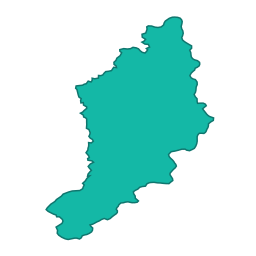 the district of Jordânia, Minas Gerais, Brazil, rotated 267°
{"feature_id": "56859067B86488338348138", "entity_name": "Jordânia", "entity_type": "district", "adm_level": 2, "iso_a3": "BRA", "parent_name": "Brazil", "parent_adm1": "Minas Gerais", "projection": "equal_earth", "projection_center": [-40.318, -15.874], "detail": "fine", "context": "isolated", "style": "filled", "palette": "teal", "viewbox_px": 256, "rotation_deg": 267, "n_neighbors": 0, "source": "geoboundaries", "source_scale": "gbopen_adm2", "svg_char_len": 3646}
<svg xmlns="http://www.w3.org/2000/svg" viewBox="0 0 256 256"><g transform="rotate(267 128 128)"><path d="M170.4,77.8L169.2,79.0L163.9,80.0L161.5,80.6L159.8,82.8L157.9,82.1L155.5,82.3L155.7,84.7L153.2,84.8L151.3,87.8L149.8,87.8L147.7,85.0L146.3,83.6L145.3,81.3L143.2,84.1L141.3,84.3L140.4,86.2L139.1,87.2L135.8,87.0L133.7,87.0L129.9,86.5L128.5,88.9L125.1,90.0L123.1,89.3L121.7,88.5L119.7,89.9L118.5,91.8L116.6,92.7L115.0,90.6L115.5,87.9L113.4,87.9L111.7,87.7L109.9,87.0L108.2,86.8L105.5,84.8L103.7,86.2L102.2,87.3L100.5,87.8L99.6,86.1L97.9,86.3L97.1,90.2L95.6,91.8L94.0,88.4L91.7,86.2L90.1,87.2L87.6,89.2L86.3,87.7L84.1,85.7L82.0,85.1L82.2,87.2L79.7,84.2L77.4,82.6L75.1,79.8L73.4,81.3L71.7,80.3L69.7,79.5L68.1,76.6L68.0,69.0L67.2,65.4L65.4,59.8L63.4,57.9L60.3,52.8L58.5,51.2L57.2,49.1L56.1,47.1L54.1,44.9L52.5,43.2L50.8,42.0L48.9,43.9L45.9,49.1L44.9,51.7L43.1,52.1L42.9,54.9L40.1,57.7L38.4,58.2L36.2,57.1L32.8,51.0L29.6,52.3L26.6,51.8L24.6,53.2L22.4,56.1L20.6,59.5L19.8,62.4L20.8,68.9L20.7,71.0L19.7,73.8L20.8,75.6L22.8,76.7L23.5,79.1L23.8,81.3L24.8,83.9L26.2,86.2L27.8,87.2L30.0,87.5L31.7,85.8L33.2,85.0L33.8,87.7L34.8,89.9L35.8,91.9L36.7,94.4L38.0,96.7L38.9,99.5L37.5,102.7L38.5,105.4L40.4,107.8L41.9,110.0L42.9,111.7L44.2,112.9L45.8,113.1L47.5,112.0L49.1,112.8L50.3,114.1L51.9,114.9L53.5,117.0L53.6,119.5L54.1,121.5L54.3,124.1L53.7,126.2L53.2,128.1L53.1,130.8L53.4,133.3L54.6,134.6L55.9,133.3L57.5,131.6L59.7,131.6L61.9,130.3L64.0,130.0L65.3,131.9L66.5,134.7L68.2,136.6L68.8,139.1L69.0,142.4L71.2,143.9L72.1,145.9L72.4,147.9L72.4,151.1L71.7,154.5L71.4,157.5L70.9,160.2L70.5,163.2L70.3,166.0L71.8,167.9L73.2,170.0L75.1,169.8L77.2,168.6L79.1,167.5L80.6,167.6L82.3,169.2L84.2,171.1L85.7,173.0L87.4,174.3L89.2,173.8L90.6,172.7L92.1,172.0L93.8,170.7L95.6,168.9L97.3,167.6L99.4,167.1L100.9,168.6L102.1,170.0L102.5,173.6L103.2,177.2L104.0,180.6L103.9,183.9L102.8,185.4L102.1,188.3L103.3,191.3L104.2,193.2L106.3,194.7L108.7,195.8L111.2,196.4L113.7,196.5L115.7,196.6L117.5,197.4L119.0,198.9L118.9,201.3L118.6,203.5L119.6,205.1L120.9,206.0L122.4,206.6L124.2,207.8L125.9,208.4L128.0,208.6L129.7,210.9L131.1,213.6L133.6,214.0L134.5,211.8L135.3,209.9L136.5,208.4L137.7,207.3L139.2,206.3L141.3,204.8L143.2,203.5L144.6,205.2L146.1,207.3L147.7,206.6L148.9,204.4L149.0,201.6L149.0,198.8L150.8,198.4L153.6,198.5L155.7,196.8L158.1,195.8L160.1,197.2L162.2,197.8L165.3,198.2L167.8,199.4L170.3,199.4L172.8,197.8L173.6,195.5L174.9,193.6L177.1,192.5L179.5,194.0L181.1,195.8L182.4,197.6L184.2,198.2L184.9,200.1L186.3,202.3L188.0,203.0L189.8,202.9L191.6,200.9L192.7,197.8L193.9,196.1L195.8,194.9L198.0,194.7L200.1,194.6L202.5,193.7L204.3,195.7L206.7,195.8L208.2,193.4L210.0,190.7L211.4,188.8L213.0,187.1L215.5,186.4L217.2,187.3L219.7,188.1L222.2,187.8L224.0,186.9L226.6,186.4L229.4,187.3L231.5,187.7L233.2,187.2L234.9,185.9L235.9,183.4L236.3,180.5L236.3,178.0L235.4,175.0L234.0,172.7L232.8,170.8L231.0,169.6L229.0,168.9L227.2,166.4L226.8,163.2L227.3,160.2L228.6,156.9L228.9,153.6L228.0,152.0L225.7,152.2L221.9,150.7L220.9,146.9L217.9,147.0L215.7,150.2L213.8,148.4L213.0,146.4L210.9,149.3L210.4,152.7L207.7,153.8L206.4,150.5L205.1,151.7L203.7,150.7L202.0,148.9L202.8,146.2L204.4,144.3L206.5,142.6L207.6,140.4L208.3,137.2L207.1,134.7L206.9,131.6L207.5,127.9L206.7,123.9L205.1,123.9L203.5,125.6L200.6,123.9L198.3,120.5L196.1,119.5L194.4,117.4L192.2,117.4L190.6,119.4L188.9,119.7L189.4,116.9L186.2,114.5L185.7,111.9L185.5,108.7L183.9,106.9L182.3,105.6L181.7,103.6L182.0,101.3L179.4,101.1L178.9,97.4L179.6,94.8L177.4,94.7L175.9,93.5L176.9,90.7L174.4,88.6L174.0,86.5L173.1,84.8L172.9,80.8L172.7,78.4L170.4,77.8Z" fill="#14b8a6" stroke="#0f766e" stroke-width="1.5"/></g></svg>